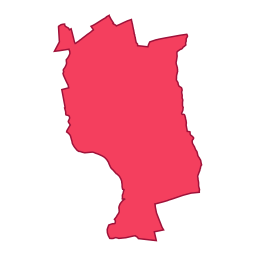 Homocea, Vrancea, Romania (orthographic projection)
{"feature_id": "2599482B90822407546416", "entity_name": "Homocea", "entity_type": "district", "adm_level": 2, "iso_a3": "ROU", "parent_name": "Romania", "parent_adm1": "Vrancea", "projection": "orthographic", "projection_center": [27.246, 46.143], "detail": "fine", "context": "isolated", "style": "filled", "palette": "rose", "viewbox_px": 256, "rotation_deg": 0, "n_neighbors": 0, "source": "geoboundaries", "source_scale": "gbopen_adm2", "svg_char_len": 5734}
<svg xmlns="http://www.w3.org/2000/svg" viewBox="0 0 256 256"><path d="M199.3,192.3L199.3,190.8L199.5,189.9L199.5,189.5L198.8,186.9L198.6,185.9L198.6,184.8L198.6,183.9L198.6,183.2L198.6,182.8L198.4,181.3L198.0,179.4L198.0,178.9L198.0,178.3L197.7,176.8L197.7,176.1L197.8,175.6L198.5,173.9L198.6,173.6L198.7,173.2L199.8,170.5L199.9,169.6L200.5,168.0L200.5,167.2L200.6,166.9L200.9,166.0L201.2,165.4L201.4,165.1L201.6,164.9L201.4,164.6L201.4,164.4L201.4,164.1L201.1,162.9L200.9,161.7L200.8,161.1L200.6,160.2L200.1,159.4L199.9,159.1L199.6,158.5L199.3,157.9L198.6,157.0L198.4,156.6L198.3,156.3L198.2,156.1L197.7,155.6L197.7,155.1L197.7,154.7L197.4,153.7L197.4,153.4L197.2,152.7L197.0,151.9L196.8,151.4L196.5,151.0L195.9,150.2L195.6,149.7L195.2,148.8L194.4,146.7L194.0,146.1L193.7,145.6L193.5,145.2L192.7,143.8L192.5,143.5L192.4,142.9L192.2,141.8L192.2,140.8L192.3,140.5L192.5,140.0L193.1,139.3L193.3,139.0L193.6,138.4L193.6,137.8L193.3,137.3L192.5,136.6L191.8,135.9L191.6,135.7L191.3,135.6L190.8,135.2L190.4,134.6L190.2,134.2L190.1,133.3L190.0,132.1L190.0,131.9L189.6,131.7L189.2,131.6L187.3,131.4L186.8,128.7L186.6,127.8L186.5,126.9L186.2,125.8L186.2,124.6L186.2,123.8L186.4,123.1L186.2,121.8L186.0,120.3L185.8,119.7L185.6,119.3L185.4,117.6L185.3,117.2L185.1,116.6L184.9,116.0L184.9,115.7L184.6,115.1L184.4,114.7L183.9,114.4L183.6,114.3L182.5,114.4L182.2,114.4L181.6,113.4L181.6,113.2L181.7,112.9L182.2,111.9L182.6,110.9L182.8,110.4L182.9,109.8L183.0,108.4L183.2,107.4L182.8,106.6L182.7,106.3L182.5,105.9L182.5,104.6L182.5,102.2L182.8,100.3L182.7,99.5L182.2,98.2L182.1,97.8L182.2,95.6L182.1,94.7L181.7,93.0L181.7,92.3L181.7,91.6L182.1,90.5L182.1,90.2L182.1,89.9L181.8,88.5L181.5,87.8L181.3,87.6L179.4,86.4L179.1,86.2L178.8,85.7L178.6,85.3L178.2,84.2L178.1,83.9L178.1,83.3L178.0,82.8L177.8,82.3L176.7,80.6L176.4,80.0L176.4,79.7L176.4,79.2L176.5,78.2L176.5,76.4L176.7,74.7L177.0,74.0L177.3,72.3L177.6,71.7L177.5,70.3L177.6,69.9L177.4,69.0L177.4,68.6L177.4,68.0L177.3,67.5L177.1,66.9L176.8,65.8L176.5,64.9L176.3,64.3L176.2,63.4L176.1,63.0L176.1,62.5L176.4,61.0L176.8,58.4L177.1,56.3L177.1,55.6L177.0,55.2L176.9,53.4L176.9,52.9L177.0,52.2L177.2,51.7L177.5,51.4L180.0,49.6L180.5,49.3L181.3,49.1L181.5,49.0L182.1,48.6L182.6,48.0L182.8,47.7L183.2,47.1L184.3,46.4L184.5,46.1L185.8,45.1L185.8,44.6L185.7,44.1L185.6,42.9L185.9,42.0L186.1,41.5L186.2,41.1L186.2,39.6L186.2,38.8L186.4,38.3L187.3,36.8L187.5,36.3L187.5,36.0L187.4,35.7L187.0,34.6L186.8,34.3L180.5,35.2L164.4,38.1L159.8,39.0L158.8,39.2L158.1,39.4L155.8,39.9L149.8,41.9L148.6,44.4L147.9,46.8L145.0,46.5L141.7,46.1L137.6,45.7L137.6,44.6L137.5,44.0L136.2,42.6L135.7,40.3L135.4,38.8L135.2,37.3L134.9,36.6L134.7,35.8L134.7,35.0L134.6,34.6L134.1,33.7L134.2,33.3L134.0,32.1L133.7,31.0L133.7,30.2L133.3,29.0L133.2,28.2L132.8,26.3L132.4,24.0L132.0,22.8L132.0,22.1L131.7,21.4L131.4,19.5L127.4,20.9L123.6,22.6L119.4,24.6L116.3,25.9L115.9,25.4L115.6,25.1L113.8,24.2L113.3,23.8L113.6,23.7L113.6,23.3L112.2,21.1L111.1,19.4L109.1,15.6L109.1,15.4L107.2,16.4L106.3,16.9L106.2,17.4L102.1,19.8L95.3,24.1L92.8,25.5L91.0,26.3L93.1,29.3L93.4,29.9L92.0,30.9L91.8,31.1L90.3,32.4L88.9,33.4L87.4,34.4L86.4,35.2L85.4,36.0L83.0,37.8L82.0,38.6L80.8,39.6L79.8,40.2L78.2,41.6L77.2,42.1L76.2,43.0L75.2,43.5L74.6,42.3L74.2,41.1L73.5,38.0L73.0,36.1L72.0,32.1L71.1,28.8L69.4,29.8L68.8,28.6L68.3,28.0L66.1,26.8L65.2,26.1L64.9,25.5L64.6,24.6L64.6,24.1L63.9,24.1L62.6,24.3L61.0,24.7L58.6,26.3L58.5,26.8L59.4,41.9L54.4,51.3L59.4,50.7L69.0,49.2L69.2,50.2L69.3,50.5L69.5,50.6L69.6,50.9L69.8,51.8L69.9,53.5L69.2,55.3L68.1,57.4L67.2,58.7L66.3,59.6L66.3,61.0L66.5,62.3L66.5,63.9L65.8,65.7L64.8,67.6L63.4,69.5L63.3,70.7L63.7,71.8L63.0,73.4L63.6,75.5L65.9,80.6L67.8,84.5L68.0,84.6L68.7,87.8L61.8,89.6L65.2,107.8L64.6,107.9L64.7,108.4L65.5,111.0L65.7,112.3L65.7,113.7L65.8,114.2L65.9,114.7L66.0,114.9L67.8,115.4L68.0,115.4L68.4,115.5L68.7,115.7L68.9,115.9L69.1,116.1L69.5,117.0L69.6,117.3L69.6,118.1L69.5,118.6L69.3,119.1L68.6,120.6L68.3,121.2L68.3,121.4L68.3,121.8L68.8,122.7L70.1,124.7L70.3,125.0L69.8,125.7L67.9,129.0L67.0,130.5L66.6,131.9L68.0,132.9L68.8,133.6L69.7,134.7L70.2,135.3L70.5,136.1L71.5,139.7L72.0,141.4L72.3,143.2L72.7,144.1L74.0,146.4L74.7,147.4L77.1,150.3L78.8,151.4L79.5,151.4L80.9,151.7L82.2,152.2L84.7,152.8L91.1,152.2L92.6,152.1L94.1,152.5L95.3,153.1L96.1,153.4L97.2,153.7L99.4,154.6L102.2,155.9L103.7,156.8L104.7,157.5L105.8,158.6L106.8,159.7L107.7,161.1L108.3,162.0L109.0,163.7L109.3,164.5L110.4,166.9L111.1,168.1L111.8,168.9L112.7,169.6L116.4,173.8L116.9,173.9L119.4,176.3L120.4,178.1L121.0,179.3L121.7,181.2L121.7,182.0L121.9,183.1L122.1,184.6L122.1,185.9L122.1,186.6L122.2,187.2L122.5,188.8L122.7,189.3L123.0,189.3L123.6,189.4L123.9,189.5L124.0,189.8L123.5,191.3L123.1,193.4L122.4,195.0L122.3,196.1L122.4,196.6L122.4,197.5L122.3,198.6L122.2,198.9L122.3,199.0L122.9,198.9L123.6,198.9L124.3,198.9L124.6,199.1L123.1,200.3L122.3,201.1L121.2,202.4L120.2,203.7L119.6,205.1L119.2,206.1L119.0,206.8L118.9,207.5L118.9,208.2L119.1,209.3L119.2,211.2L119.2,211.8L119.0,212.4L118.5,213.5L117.9,214.3L117.1,215.5L116.8,216.0L116.7,216.4L114.4,219.3L115.0,220.0L115.3,220.7L115.4,221.3L115.2,222.4L115.2,222.9L114.9,223.5L113.9,223.7L113.1,223.7L112.7,223.7L111.3,224.1L108.8,225.0L107.6,228.2L107.2,229.6L107.4,232.8L108.3,235.6L109.8,238.4L111.2,238.5L112.4,238.5L113.4,238.4L114.6,237.9L115.4,237.6L116.4,237.7L118.0,238.1L118.7,238.4L125.9,237.7L134.3,235.8L134.5,235.9L135.1,235.8L135.4,235.7L135.6,235.8L136.0,236.4L136.8,236.8L137.3,237.1L138.4,238.6L156.3,240.6L154.3,231.8L163.6,229.9L162.2,227.6L161.8,226.7L156.5,213.0L155.5,208.0L155.3,206.8L155.1,204.6L154.9,204.0L163.3,201.8L167.4,200.6L168.8,200.0L172.4,198.9L183.2,195.2L191.1,193.1L199.3,192.3Z" fill="#f43f5e" stroke="#9f1239" stroke-width="1.5"/></svg>